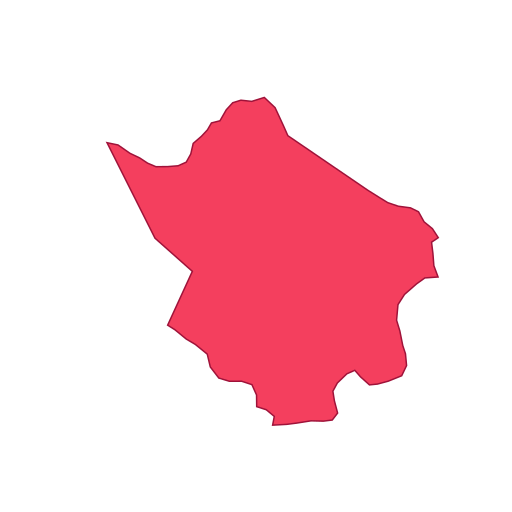 the district of Maruim, Sergipe, Brazil, rotated 293°
{"feature_id": "56859067B1242675003526", "entity_name": "Maruim", "entity_type": "district", "adm_level": 2, "iso_a3": "BRA", "parent_name": "Brazil", "parent_adm1": "Sergipe", "projection": "mercator", "projection_center": [-37.108, -10.721], "detail": "fine", "context": "isolated", "style": "filled", "palette": "rose", "viewbox_px": 512, "rotation_deg": 293, "n_neighbors": 0, "source": "geoboundaries", "source_scale": "gbopen_adm2", "svg_char_len": 1128}
<svg xmlns="http://www.w3.org/2000/svg" viewBox="0 0 512 512"><g transform="rotate(293 256 256)"><path d="M106.8,337.4L113.0,350.0L118.0,358.6L125.8,371.1L130.3,382.5L134.8,390.3L143.3,392.5L153.4,384.7L161.6,379.6L170.9,380.5L183.1,385.7L189.4,391.6L185.6,399.4L181.7,410.8L185.6,417.9L192.4,426.6L202.7,436.9L214.0,437.4L224.4,431.8L230.9,426.1L243.2,417.7L251.8,410.5L266.7,405.7L278.6,407.7L293.1,414.7L301.8,420.0L307.8,431.8L316.6,423.5L327.4,417.9L337.3,412.2L344.1,416.6L350.1,407.7L353.1,397.4L360.2,388.3L360.7,379.4L357.4,367.4L356.6,356.4L358.1,346.4L360.2,333.3L379.2,238.3L386.7,230.3L394.5,221.7L400.0,215.6L405.2,201.7L396.7,191.7L393.5,181.2L388.0,174.7L379.0,171.5L366.4,170.0L361.1,163.0L353.1,162.0L344.9,159.0L335.1,154.2L324.4,156.1L315.1,155.1L308.6,149.0L303.8,139.8L299.1,129.0L299.1,120.0L300.8,110.8L301.3,99.8L304.3,85.6L302.1,74.6L232.9,156.1L217.0,203.4L157.8,201.7L156.4,210.3L152.3,224.2L150.9,234.7L146.6,249.5L136.0,257.3L129.1,269.5L130.3,280.5L135.1,291.7L136.0,302.5L128.3,310.8L117.6,315.5L118.5,325.5L115.5,335.5L106.8,337.4Z" fill="#f43f5e" stroke="#9f1239" stroke-width="1.5"/></g></svg>